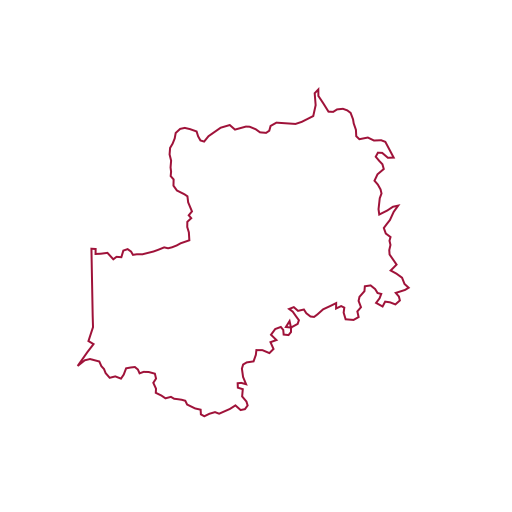 São José da Boa Vista, Paraná, Brazil (Robinson projection), rotated 26°
{"feature_id": "56859067B10835162552954", "entity_name": "São José da Boa Vista", "entity_type": "district", "adm_level": 2, "iso_a3": "BRA", "parent_name": "Brazil", "parent_adm1": "Paraná", "projection": "robinson", "projection_center": [-49.657, -23.956], "detail": "fine", "context": "isolated", "style": "outline", "palette": "rose", "viewbox_px": 512, "rotation_deg": 26, "n_neighbors": 0, "source": "geoboundaries", "source_scale": "gbopen_adm2", "svg_char_len": 3053}
<svg xmlns="http://www.w3.org/2000/svg" viewBox="0 0 512 512"><g transform="rotate(26 256 256)"><path d="M322.2,96.7L317.7,97.1L311.4,100.5L304.6,100.5L297.7,105.7L293.6,104.4L290.5,98.8L285.7,94.0L283.3,90.6L278.3,85.9L274.2,85.1L269.6,85.6L264.6,88.7L262.2,92.6L257.9,94.5L249.4,89.2L241.9,84.8L239.0,79.0L237.4,84.0L243.5,94.3L246.1,105.1L238.3,115.4L233.6,120.0L215.9,127.2L212.1,132.7L213.0,137.6L211.1,140.9L205.4,143.1L200.2,142.2L193.6,142.6L190.2,144.1L181.7,151.6L175.0,149.8L168.0,156.2L160.8,169.1L159.2,175.9L155.4,176.5L151.5,173.8L148.0,170.1L141.0,170.9L135.8,172.1L132.1,175.0L129.9,180.6L131.4,186.0L131.8,191.6L131.4,196.5L133.8,202.6L137.9,207.5L140.4,213.9L142.7,217.4L144.3,221.6L148.4,223.3L151.0,229.0L156.2,231.8L164.7,231.9L168.2,232.4L171.5,237.5L178.9,244.0L177.7,248.9L181.2,250.4L179.3,255.4L181.5,260.1L185.3,264.2L189.2,271.1L182.7,277.6L180.1,281.3L176.7,285.0L173.6,287.6L169.7,288.5L165.3,293.4L161.9,296.9L153.1,304.3L148.1,306.7L144.9,308.9L141.8,306.8L137.6,306.1L134.4,309.3L135.5,316.1L131.0,317.9L129.2,321.5L121.1,318.3L115.5,322.0L110.9,324.5L108.8,320.0L104.9,321.6L135.3,381.1L140.7,391.4L142.7,405.9L148.6,406.4L146.6,416.2L143.9,433.0L147.8,424.8L151.9,421.4L161.4,419.5L165.3,422.8L168.9,424.2L172.2,427.2L177.9,429.6L182.3,425.9L188.4,425.4L189.1,420.6L188.5,413.9L192.3,411.1L195.8,408.9L199.6,409.8L202.8,412.5L205.8,409.4L210.4,407.3L216.7,406.1L219.9,410.0L219.3,415.0L224.3,419.1L225.9,422.9L232.1,422.9L237.0,423.6L241.3,419.9L245.0,420.2L248.4,419.0L252.2,417.8L255.9,417.1L259.2,419.7L268.1,419.7L273.6,418.4L275.9,422.5L279.8,422.7L283.3,418.2L287.6,414.3L292.0,413.9L299.6,404.9L303.0,399.3L309.7,401.2L313.2,398.5L314.0,394.0L311.2,391.0L305.1,388.3L302.5,381.5L297.4,382.3L295.3,378.4L298.4,376.5L303.3,375.6L297.4,370.4L292.7,363.4L292.0,359.2L294.3,355.7L300.0,351.8L299.2,344.9L297.6,340.4L303.1,337.8L310.6,337.4L312.5,331.9L306.8,327.1L311.2,322.6L304.0,320.2L305.3,313.2L309.4,308.9L312.9,310.5L315.3,314.5L319.9,312.8L320.8,309.0L318.8,305.0L323.2,298.8L322.7,294.9L318.5,292.7L313.4,289.9L309.0,289.1L312.4,285.4L317.8,286.9L322.5,283.1L326.3,285.4L331.5,286.5L334.9,285.3L336.8,281.6L339.7,274.5L344.9,268.1L348.7,263.2L351.0,268.1L354.5,263.7L358.0,263.7L359.6,268.5L364.3,273.6L371.7,270.7L375.0,265.9L371.4,261.4L372.8,256.0L367.9,251.4L366.9,247.3L368.9,240.1L367.1,235.5L371.9,232.2L377.6,233.5L381.5,236.0L385.2,235.2L385.6,239.9L384.5,245.5L391.9,245.9L392.1,240.4L396.7,238.9L402.5,238.4L404.8,232.9L402.2,229.8L397.8,227.9L404.8,221.2L407.1,217.6L401.7,216.0L396.8,211.5L390.0,210.3L383.4,210.0L386.1,202.1L375.4,196.1L373.2,192.3L372.0,187.1L369.3,183.8L368.6,180.0L362.8,178.9L358.6,174.8L359.5,170.1L360.6,165.0L360.4,155.9L361.7,148.4L357.5,151.7L354.1,157.5L348.6,164.7L345.6,160.2L341.9,149.8L341.4,144.8L338.8,141.6L334.2,138.4L329.5,136.4L329.4,129.3L332.7,121.8L329.4,118.1L325.3,116.6L320.1,114.3L320.3,109.7L324.2,108.0L331.5,109.9L336.6,107.2L322.2,96.7ZM318.8,305.0L314.0,306.7L314.7,299.8L318.8,305.0Z" fill="none" stroke="#9f1239" stroke-width="2"/></g></svg>